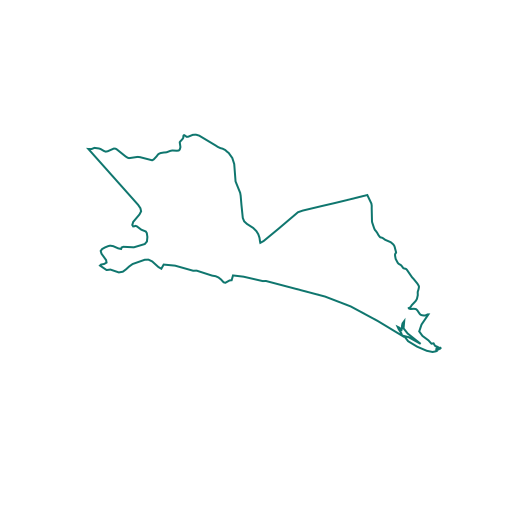 the Province of Limón, rotated 139°
{"feature_id": "CRI-1329", "entity_name": "Limón", "entity_type": "Province", "adm_level": 1, "iso_a3": "CRI", "parent_name": "Costa Rica", "parent_adm1": "", "projection": "robinson", "projection_center": [-83.398, 10.004], "detail": "fine", "context": "isolated", "style": "outline", "palette": "teal", "viewbox_px": 512, "rotation_deg": 139, "n_neighbors": 0, "source": "natural_earth", "source_scale": "10m", "svg_char_len": 3744}
<svg xmlns="http://www.w3.org/2000/svg" viewBox="0 0 512 512"><g transform="rotate(139 256 256)"><path d="M351.8,350.6L350.0,349.9L342.5,342.7L332.1,338.0L328.8,338.5L325.5,341.6L323.4,344.9L323.1,346.8L325.3,351.1L326.5,356.7L327.3,357.9L328.5,358.3L329.3,358.9L329.0,360.6L326.3,362.3L316.7,363.8L313.4,365.1L311.9,367.9L311.4,371.9L311.6,388.8L311.9,413.3L312.3,446.7L312.2,446.6L310.5,445.1L309.9,444.6L307.0,443.6L304.0,440.2L303.1,438.7L301.9,435.1L301.0,433.4L300.2,432.9L299.1,432.3L292.9,430.4L292.4,430.0L291.9,429.5L291.3,428.5L291.1,427.7L289.1,416.7L288.5,414.7L288.1,413.8L287.8,413.4L287.5,413.1L287.1,412.8L280.7,408.7L280.0,408.1L278.7,406.7L271.6,396.4L270.9,396.2L269.7,396.0L265.8,396.4L263.3,396.9L262.7,396.9L261.8,396.7L260.5,396.3L257.7,394.6L256.0,393.3L255.1,392.8L251.8,391.6L250.9,391.1L250.4,390.8L250.0,390.6L246.7,387.4L245.9,386.8L245.1,386.3L244.5,386.3L243.7,386.4L242.4,387.2L241.7,387.7L241.3,388.2L239.2,391.5L238.9,391.9L238.1,392.1L234.7,392.5L233.7,392.8L233.1,393.1L232.4,393.9L232.1,394.2L231.7,394.4L231.3,394.5L230.9,394.3L230.4,392.7L230.3,392.0L230.2,391.5L229.5,390.9L228.9,390.5L224.2,388.9L222.0,387.2L221.4,386.5L219.9,384.1L213.9,365.7L213.3,363.5L212.1,360.8L211.7,360.2L211.2,359.5L210.8,358.9L209.7,356.2L209.4,353.6L209.0,351.7L209.6,345.5L212.1,339.7L222.5,325.7L226.5,314.1L228.0,311.6L233.4,304.2L241.0,293.4L242.2,289.9L241.8,286.2L239.7,279.0L239.4,274.5L240.0,270.9L241.4,267.5L243.7,263.9L244.1,263.1L240.5,262.3L221.5,261.8L195.6,261.5L190.9,259.6L173.3,250.4L162.4,244.6L154.5,240.5L132.0,229.0L134.5,219.9L135.7,218.0L137.3,216.2L145.7,206.1L146.3,205.1L148.5,199.8L149.0,198.3L149.2,197.2L149.1,196.7L149.3,194.2L149.9,191.3L150.0,189.8L150.0,188.8L149.8,188.3L149.2,187.6L148.7,186.7L148.4,185.7L147.9,183.5L145.5,178.5L145.2,177.7L144.8,174.7L144.9,173.5L145.1,172.6L145.7,171.2L146.2,170.3L147.7,167.2L148.0,166.7L148.4,166.5L148.9,166.5L149.4,166.3L149.8,166.1L150.2,165.8L150.9,164.9L152.5,162.2L153.5,157.9L153.5,156.9L153.4,156.3L152.7,154.3L152.6,153.7L152.6,153.0L152.7,151.3L152.8,150.6L152.7,150.0L152.5,149.6L152.2,149.1L151.6,148.4L151.4,147.9L151.2,147.5L151.2,146.3L152.2,137.5L152.1,135.6L152.3,129.3L152.6,127.5L152.9,126.3L153.2,125.9L153.8,125.3L155.4,124.1L157.1,123.1L157.8,122.5L159.6,120.3L162.6,118.1L164.5,117.4L165.6,117.2L170.8,116.7L172.7,116.1L173.4,116.1L174.0,116.2L174.9,116.5L175.0,116.3L175.0,116.0L174.6,115.3L174.2,114.7L173.5,114.1L172.0,113.0L171.3,112.4L170.7,111.7L170.1,110.9L170.0,110.2L169.9,109.2L170.4,105.1L170.4,104.4L170.3,103.7L169.8,102.7L169.1,101.8L168.2,100.8L167.8,100.5L167.4,100.2L166.8,99.9L164.8,99.3L164.2,98.8L176.0,95.7L182.3,92.0L182.8,86.5L181.2,79.2L181.1,74.7L179.3,73.6L179.8,70.9L179.5,69.7L179.1,69.5L177.7,65.9L176.3,65.5L178.0,65.3L179.0,65.8L179.6,65.7L180.5,66.2L180.5,66.6L180.1,67.0L180.1,67.7L180.8,67.6L181.8,66.6L181.9,65.8L182.7,66.0L185.7,67.7L189.3,72.4L193.9,81.9L197.1,91.9L196.7,98.4L194.1,94.7L189.4,81.7L192.4,98.0L192.1,104.6L186.9,109.6L189.6,109.0L191.5,107.6L193.2,105.8L195.6,104.1L194.8,105.2L194.6,106.4L194.9,107.9L195.6,109.6L196.3,107.2L197.0,102.5L198.0,99.9L206.7,126.9L217.6,155.8L230.5,180.1L264.8,230.5L267.5,232.8L279.0,248.6L286.1,256.4L290.3,253.7L292.0,254.9L296.7,255.9L297.7,257.4L297.8,261.2L298.4,264.4L299.7,267.2L302.0,270.0L310.4,283.9L313.1,286.1L323.4,301.8L331.3,310.1L335.8,308.5L336.9,311.7L337.9,320.0L339.5,323.7L342.3,326.1L354.4,330.9L358.6,331.3L362.9,331.2L366.8,331.5L370.3,333.6L374.8,341.3L377.8,343.3L378.0,343.5L380.0,351.1L378.6,351.2L375.8,349.6L373.1,349.1L371.8,351.3L371.1,359.1L369.9,361.7L367.5,362.2L364.2,361.5L361.0,360.4L359.3,359.5L357.3,357.1L355.0,352.2L353.2,349.8L351.8,350.6Z" fill="none" stroke="#0f766e" stroke-width="2"/></g></svg>